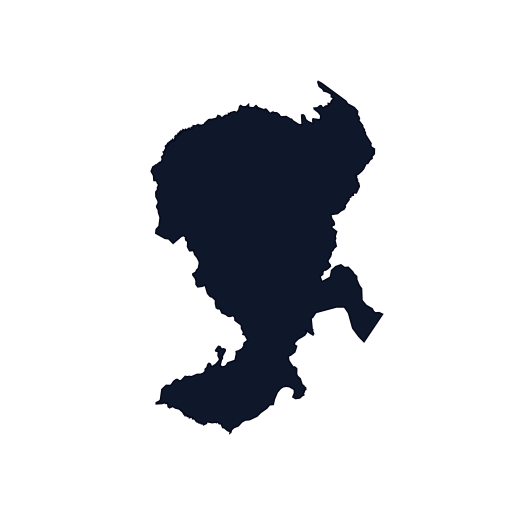 Asante Akim North, Ashanti, Ghana, rotated 306°
{"feature_id": "2480657B62831767110058", "entity_name": "Asante Akim North", "entity_type": "district", "adm_level": 2, "iso_a3": "GHA", "parent_name": "Ghana", "parent_adm1": "Ashanti", "projection": "orthographic", "projection_center": [-0.952, 6.841], "detail": "fine", "context": "isolated", "style": "filled", "palette": "ink", "viewbox_px": 512, "rotation_deg": 306, "n_neighbors": 0, "source": "geoboundaries", "source_scale": "gbopen_adm2", "svg_char_len": 6109}
<svg xmlns="http://www.w3.org/2000/svg" viewBox="0 0 512 512"><g transform="rotate(306 256 256)"><path d="M283.3,392.6L282.6,388.9L280.1,386.0L280.3,383.5L281.6,381.1L280.8,374.2L282.4,367.8L291.6,360.6L292.8,356.9L296.0,351.5L298.7,349.4L298.9,346.0L300.0,343.6L301.1,337.2L298.7,334.5L298.8,329.9L294.4,326.8L288.8,325.6L283.4,328.3L282.1,328.4L275.1,325.1L274.0,324.3L276.7,320.3L277.6,319.9L280.3,320.8L283.0,319.2L285.0,319.7L285.5,320.6L287.6,321.5L291.4,322.3L292.5,321.2L293.1,318.6L294.5,316.8L299.7,316.5L302.1,315.6L303.5,314.2L305.7,314.9L307.8,314.5L311.1,315.2L315.1,310.6L317.0,310.2L318.5,308.4L323.1,306.9L323.3,300.8L325.3,299.7L327.0,301.0L328.0,300.6L329.5,298.8L330.7,295.4L332.8,292.8L333.9,292.6L338.3,297.1L342.2,298.0L345.7,299.7L348.4,299.4L349.3,298.1L356.3,298.2L357.7,296.9L359.3,298.0L360.9,297.5L362.3,299.0L363.7,297.7L365.4,298.8L365.8,300.0L366.5,300.0L373.0,298.7L375.3,296.2L375.6,294.4L377.0,293.6L376.7,292.8L377.7,292.5L377.3,291.8L379.3,290.8L379.7,289.2L382.0,290.5L386.9,291.6L390.0,291.8L395.2,290.7L396.7,292.0L400.7,291.7L403.2,292.6L404.8,291.2L408.1,291.7L412.2,288.9L411.9,285.3L413.0,283.7L414.7,282.9L418.5,273.3L420.3,271.7L420.8,270.1L422.0,269.4L422.9,266.5L424.2,265.7L426.0,259.5L426.6,259.0L427.8,259.1L429.1,257.3L429.4,255.2L432.8,253.2L433.9,248.1L432.9,240.6L434.1,237.8L434.3,207.8L433.8,203.7L433.0,203.8L430.3,207.6L430.4,211.5L429.3,214.0L430.5,216.6L431.1,220.4L431.1,222.1L429.0,223.3L429.6,226.1L425.4,225.9L423.0,226.9L421.9,224.7L420.0,226.2L418.4,224.3L415.4,223.4L415.1,222.5L415.9,220.5L415.3,219.5L412.0,218.7L409.8,216.0L409.1,216.8L408.9,222.2L407.7,226.1L404.4,227.6L403.5,227.3L400.5,221.5L399.3,221.9L397.5,223.8L396.4,223.9L395.4,219.4L395.5,216.2L397.8,212.8L397.9,210.9L396.8,210.1L389.8,215.8L388.8,215.5L387.5,213.4L387.0,206.5L387.6,204.4L387.0,203.4L386.6,198.4L383.5,194.9L383.2,192.9L384.0,191.7L384.1,188.7L382.6,186.5L382.5,185.1L381.3,184.4L380.5,184.6L379.6,182.8L380.7,178.1L380.3,177.1L379.2,177.4L377.5,171.5L376.9,172.3L376.4,171.4L377.1,171.0L377.2,169.9L376.6,169.6L377.6,168.9L377.7,167.6L374.3,166.9L372.0,162.7L374.2,160.9L371.1,160.3L369.1,158.0L368.6,155.0L367.3,154.9L364.3,156.2L360.9,156.3L360.1,153.7L357.0,151.2L356.2,151.4L355.3,150.2L354.9,151.0L354.3,150.4L353.6,150.9L351.9,148.6L349.7,147.8L349.7,148.3L349.0,148.2L347.4,147.3L348.0,144.7L347.3,142.6L344.3,143.2L340.1,139.6L339.4,139.6L339.6,138.6L338.5,137.6L333.1,136.5L332.0,136.9L328.6,134.2L328.9,133.6L328.0,133.4L328.3,131.8L325.7,130.7L324.5,128.6L323.3,129.3L322.1,128.3L321.0,129.4L319.7,128.3L320.3,127.5L319.6,127.4L319.8,126.6L317.3,125.9L317.1,124.6L316.1,125.2L315.4,122.8L314.7,123.4L314.3,122.7L312.7,122.7L312.8,122.0L312.1,122.4L311.7,121.7L311.1,122.6L310.8,121.9L310.0,122.4L309.9,121.8L309.1,122.0L309.4,121.0L307.0,121.4L306.4,120.4L305.1,120.2L304.3,121.5L303.4,121.0L303.1,121.7L301.2,122.2L301.3,120.0L300.0,120.3L299.5,119.4L298.0,120.1L297.7,119.1L296.8,118.8L294.5,119.6L294.1,119.4L294.7,118.5L292.5,118.8L292.4,118.3L291.5,118.2L290.4,119.7L286.5,120.3L285.6,119.8L284.4,122.0L280.5,121.5L279.6,123.0L277.9,123.8L275.3,123.8L275.1,123.0L271.2,122.0L270.5,121.2L268.7,121.3L268.7,120.7L267.5,120.2L262.9,121.4L260.8,125.9L257.1,129.0L258.2,130.7L258.2,132.0L257.2,133.0L256.5,135.4L253.3,136.1L251.8,137.4L249.0,137.3L247.7,138.2L245.1,140.3L243.1,144.3L241.3,145.8L237.9,146.3L237.1,147.1L235.7,150.1L234.0,151.4L230.8,155.8L223.1,160.1L218.9,159.6L215.5,161.5L216.8,172.1L218.6,175.2L217.5,181.5L228.1,184.0L230.0,185.4L229.9,188.2L228.4,188.9L227.5,190.2L227.7,192.3L223.2,195.2L221.2,199.2L222.0,200.4L223.2,200.8L223.2,202.9L221.1,205.6L220.3,209.0L218.3,213.0L216.9,214.4L212.0,216.7L209.9,216.2L207.6,216.8L204.3,215.4L203.4,216.2L202.4,219.7L200.7,222.1L197.8,224.1L196.8,227.1L200.0,230.4L202.6,231.9L197.3,238.8L196.3,242.7L197.0,244.7L196.5,249.2L193.7,251.1L190.8,254.3L190.8,255.9L192.1,258.2L189.9,261.8L191.0,265.9L190.9,268.9L191.9,270.6L194.3,272.3L194.0,274.9L191.6,276.8L191.5,284.8L188.8,286.9L187.0,290.8L184.9,291.5L185.7,293.3L183.3,298.4L182.6,298.8L178.8,297.6L177.3,298.0L177.1,298.8L173.1,299.4L169.0,297.7L167.1,296.1L165.5,297.6L159.2,300.4L153.0,296.0L149.8,296.3L148.1,295.5L146.3,293.8L146.1,292.7L146.9,291.0L151.8,289.0L153.2,289.1L155.3,287.6L161.3,286.8L162.3,285.9L161.8,284.2L160.4,282.9L161.5,280.1L160.8,278.7L155.9,278.8L155.5,279.4L156.6,281.8L153.1,283.8L151.2,287.2L149.7,287.6L144.9,287.2L140.6,285.5L140.5,284.5L141.8,282.6L141.5,281.0L139.9,280.8L136.9,281.9L134.6,281.4L132.6,282.8L129.7,282.1L127.7,280.7L125.5,277.8L120.4,274.8L119.3,272.7L117.7,271.2L117.1,269.5L110.9,268.7L110.1,267.7L109.8,264.7L109.1,264.0L106.2,263.1L101.8,263.2L100.8,262.7L98.6,259.4L92.7,258.3L83.4,263.3L81.8,263.1L78.7,261.5L77.7,262.2L81.9,267.2L83.5,267.9L83.6,269.6L84.6,270.3L84.2,271.8L82.4,273.6L82.4,275.3L85.4,277.0L85.6,280.1L87.1,283.7L86.7,288.3L85.6,290.8L86.1,291.1L85.1,292.4L85.9,293.4L86.0,295.1L87.0,295.6L85.9,297.2L87.6,298.3L88.1,299.3L87.0,300.4L88.1,301.9L87.0,305.4L87.5,306.0L87.4,307.9L88.8,310.1L88.2,310.3L89.1,312.3L88.7,312.9L91.4,314.3L92.4,313.7L93.4,314.2L95.3,318.4L97.6,320.8L98.0,322.0L99.4,322.2L98.7,324.8L99.8,326.7L97.6,329.8L98.4,331.5L98.0,335.7L98.9,338.4L97.5,339.0L98.4,339.3L100.7,338.4L102.2,338.6L104.2,339.0L108.0,341.5L113.5,342.1L117.0,343.8L119.8,347.0L127.1,351.0L131.8,351.7L139.3,354.2L143.6,354.4L146.0,357.2L151.1,355.0L158.4,353.3L163.1,353.7L166.0,354.7L168.5,357.1L169.9,359.8L170.5,365.5L167.7,367.7L163.6,368.7L163.9,371.8L166.9,374.9L169.9,375.4L171.7,376.4L173.2,374.6L174.4,375.0L175.7,374.0L177.2,374.8L178.6,373.5L178.5,371.8L179.2,370.7L178.8,369.2L182.7,363.9L183.1,360.4L184.1,358.4L188.8,355.1L189.0,352.5L187.9,351.6L189.4,347.1L190.8,343.8L193.5,341.3L194.2,341.1L196.4,342.4L201.2,343.8L206.9,341.9L206.7,339.0L209.0,338.1L213.4,338.8L220.5,341.9L223.2,341.9L225.1,340.3L225.6,348.5L227.0,348.4L228.5,345.8L229.7,345.3L229.7,344.5L238.2,337.0L239.5,337.9L245.4,337.6L262.1,351.1L266.7,357.5L264.3,364.3L254.5,376.6L251.4,386.4L250.1,393.8L283.3,392.6Z" fill="#0f172a" stroke="#020617" stroke-width="1.5"/></g></svg>